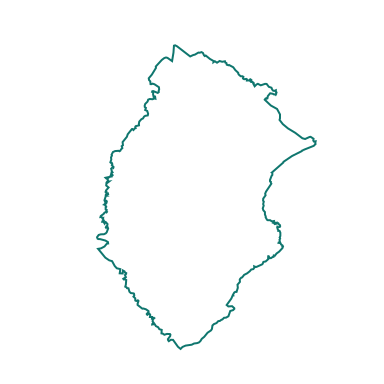 Mananara-Avaratra, Analanjirofo, Madagascar, rotated 38°
{"feature_id": "10022922B77596397547877", "entity_name": "Mananara-Avaratra", "entity_type": "district", "adm_level": 2, "iso_a3": "MDG", "parent_name": "Madagascar", "parent_adm1": "Analanjirofo", "projection": "natural_earth1", "projection_center": [49.534, -16.235], "detail": "fine", "context": "isolated", "style": "outline", "palette": "teal", "viewbox_px": 384, "rotation_deg": 38, "n_neighbors": 0, "source": "geoboundaries", "source_scale": "gbopen_adm2", "svg_char_len": 6024}
<svg xmlns="http://www.w3.org/2000/svg" viewBox="0 0 384 384"><g transform="rotate(38 192 192)"><path d="M87.7,87.8L91.6,93.6L95.7,101.1L90.1,101.4L88.7,102.0L87.7,103.5L86.9,106.5L86.2,115.4L87.2,116.4L88.1,124.3L87.9,129.0L89.2,130.2L91.0,130.5L92.9,132.5L93.8,131.8L94.2,130.9L96.1,130.2L101.4,129.8L102.9,131.3L103.5,132.9L104.3,133.7L104.0,135.0L99.4,136.3L98.7,137.0L98.9,137.6L99.6,137.2L100.3,137.6L101.1,138.9L103.0,140.5L103.4,139.8L104.1,139.5L105.7,141.0L104.9,141.3L103.8,143.2L101.5,144.7L100.6,146.2L101.3,148.1L100.9,151.4L101.6,153.2L102.5,154.1L103.9,154.1L104.6,156.2L106.8,155.7L109.3,157.4L110.0,158.9L108.3,160.7L107.8,162.1L108.1,164.2L107.3,165.8L107.1,169.0L108.1,170.9L109.2,172.1L107.1,174.8L107.2,175.6L108.3,176.4L107.7,177.3L107.7,179.2L106.2,179.1L105.9,179.4L105.8,186.1L106.7,188.6L106.6,195.4L108.8,197.7L108.4,199.2L110.1,200.3L109.8,202.4L110.1,203.5L109.8,204.5L108.7,204.8L106.2,207.1L105.1,209.2L105.7,212.2L106.5,212.6L106.9,214.6L108.4,216.1L109.4,218.9L110.0,219.0L110.8,218.4L112.1,219.1L112.3,220.2L114.8,220.6L115.1,221.4L114.5,221.4L114.1,222.0L114.0,223.5L115.2,224.1L115.6,224.9L117.2,225.4L116.7,226.4L116.9,227.0L119.1,227.6L119.1,227.9L117.6,228.6L117.8,229.4L118.8,229.6L115.1,234.0L115.7,234.1L116.5,233.0L117.3,232.7L117.0,234.0L118.4,234.3L119.5,235.5L120.2,234.8L119.7,236.8L118.8,236.3L118.8,237.2L120.4,239.7L123.5,239.8L123.3,243.6L123.8,245.0L124.5,244.7L124.7,245.3L125.7,245.5L126.5,244.8L127.1,245.3L126.0,246.0L125.7,247.0L125.9,247.5L127.2,247.4L126.5,248.1L128.1,252.4L128.6,252.7L129.7,251.7L130.6,251.8L130.9,252.4L129.5,253.0L130.5,254.1L131.3,253.9L131.3,254.6L130.7,255.0L130.5,256.0L131.5,255.6L132.1,256.1L133.3,256.2L133.6,256.6L133.5,257.4L134.7,258.9L135.9,258.7L136.2,259.9L137.2,260.0L137.2,260.8L136.3,261.0L135.7,262.3L135.9,263.4L134.9,267.1L135.3,268.1L136.1,267.3L137.8,268.0L138.1,267.3L138.7,268.2L140.1,268.8L139.4,270.1L139.6,270.7L140.6,270.0L142.6,270.7L142.3,268.9L142.7,268.8L145.2,269.3L145.9,270.7L145.6,271.8L145.9,273.0L146.3,273.1L146.3,272.0L146.9,271.5L148.4,272.4L149.6,276.3L149.5,277.7L148.6,279.5L146.2,281.5L144.9,283.3L145.0,286.1L146.3,286.9L147.1,286.8L148.6,285.7L153.6,283.6L156.6,283.2L157.6,284.2L156.7,285.1L156.6,288.8L155.0,292.4L153.0,294.6L164.1,297.1L168.8,296.8L171.6,295.7L176.7,297.9L179.7,298.4L183.0,296.9L185.1,300.6L187.5,298.9L185.9,296.4L187.7,296.1L188.7,296.7L190.1,296.4L190.5,297.1L190.3,298.7L192.3,299.8L191.3,302.7L192.1,302.9L193.2,302.0L194.3,301.8L196.9,305.7L197.7,307.7L199.0,307.4L200.0,307.8L201.2,307.0L204.1,309.1L206.0,309.3L208.5,307.8L209.0,307.9L210.3,309.2L210.3,310.5L212.7,310.7L214.1,312.4L215.2,312.2L216.0,310.7L216.9,310.8L218.0,313.7L218.7,314.5L224.7,314.5L225.5,313.7L227.9,312.8L231.0,312.6L231.6,313.2L231.4,315.9L231.8,316.3L232.5,316.2L232.8,314.7L233.4,314.1L234.8,314.6L235.8,316.4L237.5,315.1L238.3,316.3L239.4,314.6L239.9,314.6L239.6,316.4L240.6,318.2L242.2,318.6L241.9,320.3L242.2,320.9L243.9,319.1L246.1,319.9L248.6,319.4L250.7,320.2L253.0,319.3L255.0,322.2L256.2,321.6L258.1,321.5L259.6,319.3L262.1,317.5L262.8,317.7L263.5,319.0L263.6,322.8L264.6,323.6L265.6,323.8L266.3,321.5L268.1,320.2L276.2,322.6L279.6,322.7L279.9,320.0L281.5,317.0L285.8,312.5L286.9,310.1L289.0,308.0L290.1,306.3L290.4,304.2L290.1,301.7L290.8,298.6L290.9,293.3L292.2,289.3L292.0,287.6L290.3,284.6L290.6,282.6L292.0,280.2L292.2,277.6L293.3,276.5L293.9,274.4L294.4,273.8L294.7,271.4L296.2,270.0L297.2,267.5L295.4,262.2L297.1,259.8L297.3,258.0L296.8,257.5L293.9,257.3L291.1,259.8L288.9,259.7L288.6,251.8L287.8,248.7L288.2,248.2L287.6,248.0L287.2,245.2L287.6,244.0L288.6,243.3L287.1,239.3L284.9,237.0L285.1,233.3L283.6,231.7L283.4,230.7L283.6,229.1L284.1,228.4L284.1,225.2L285.5,222.2L286.3,218.9L286.4,216.6L287.8,215.0L287.7,213.2L286.8,212.3L288.5,211.8L289.0,211.2L291.8,205.9L291.9,205.1L291.3,203.1L292.8,201.4L293.4,198.1L293.3,197.4L292.9,197.5L291.6,195.7L291.9,195.4L294.1,196.2L295.0,195.4L295.7,193.1L296.1,192.9L295.5,191.7L296.5,191.3L296.5,188.4L297.4,185.3L297.8,180.5L297.4,179.4L297.0,179.4L297.1,178.8L296.2,178.4L294.5,178.5L293.2,177.8L291.5,178.8L291.4,178.5L292.1,178.1L292.0,177.2L290.3,175.7L290.2,174.5L289.4,173.9L289.3,174.6L288.7,172.3L286.7,169.7L285.1,168.8L284.0,169.4L283.9,168.9L282.8,168.8L280.8,167.3L280.7,167.0L281.2,167.1L282.7,165.4L282.5,164.6L281.5,163.9L280.7,164.1L279.3,163.5L278.2,164.8L277.7,164.0L276.7,165.1L277.3,165.9L277.0,166.3L275.8,166.1L275.8,165.0L275.2,165.0L274.7,165.8L274.3,164.6L273.0,166.0L271.0,166.1L269.0,167.6L268.2,167.7L265.6,166.6L265.2,165.9L263.3,164.8L261.8,162.9L259.5,162.5L257.8,161.3L256.9,158.6L255.5,157.7L254.5,155.4L253.4,155.1L252.2,153.4L252.0,149.3L250.7,148.3L250.1,146.2L249.4,136.6L248.1,136.0L247.8,135.4L246.9,135.5L246.1,134.6L244.8,130.4L244.8,129.1L243.3,127.2L243.0,127.3L245.8,112.6L245.5,111.9L248.7,102.0L253.3,92.3L253.3,91.5L254.0,90.7L254.1,91.0L253.9,90.4L254.4,89.4L259.5,80.7L259.8,78.1L259.1,77.7L258.2,75.9L256.9,77.2L255.8,76.7L255.0,75.2L251.5,75.5L250.8,76.2L248.5,80.6L245.9,81.7L236.9,81.8L228.5,82.8L221.8,82.6L216.6,81.3L216.0,79.8L213.6,76.7L207.9,74.2L200.9,75.3L192.5,74.5L192.4,73.1L192.9,72.2L193.4,72.4L193.8,71.8L192.7,69.8L192.8,66.1L195.1,64.9L196.7,64.6L197.5,63.7L198.1,63.8L197.9,62.7L197.0,61.8L197.1,61.4L196.1,61.1L195.4,60.2L194.6,61.7L193.5,62.2L192.1,61.9L190.4,60.9L187.8,61.8L184.3,60.9L183.0,61.8L180.5,65.6L177.3,66.2L176.6,67.6L176.3,70.1L173.8,69.0L174.0,68.6L173.3,68.0L171.8,68.1L171.1,68.7L170.4,67.9L169.9,69.6L169.7,67.5L169.3,67.2L168.5,67.3L168.1,69.1L166.6,70.4L165.9,69.4L165.1,69.5L163.7,71.0L162.9,71.2L162.2,71.1L161.6,69.6L160.6,69.7L159.1,70.8L156.8,70.7L155.6,70.3L155.0,69.6L151.2,69.3L147.7,68.3L143.0,69.1L142.7,69.7L141.0,70.3L139.7,69.2L138.6,69.5L137.5,68.7L135.6,70.8L133.1,71.8L132.1,74.7L129.5,74.9L129.0,76.5L128.4,75.5L124.2,76.1L118.8,76.0L118.4,77.0L117.3,76.9L115.0,75.7L113.4,75.9L112.3,77.5L111.2,78.2L109.7,82.0L108.7,83.2L107.1,86.3L90.5,86.4L88.4,86.8L87.7,87.8Z" fill="none" stroke="#0f766e" stroke-width="2"/></g></svg>